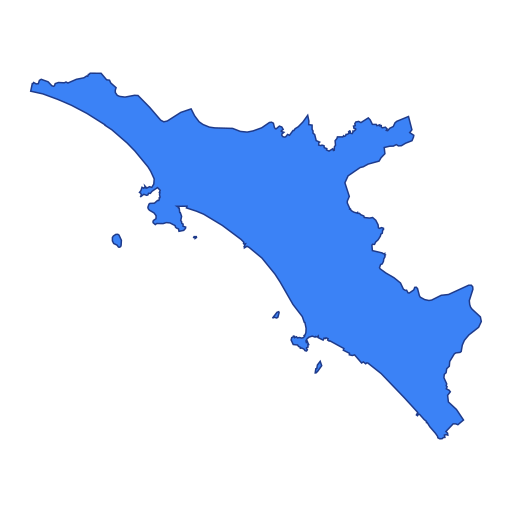 outline of Laem Sing, Chanthaburi, Thailand
{"feature_id": "78962969B29743694445242", "entity_name": "Laem Sing", "entity_type": "district", "adm_level": 2, "iso_a3": "THA", "parent_name": "Thailand", "parent_adm1": "Chanthaburi", "projection": "albers", "projection_center": [102.119, 12.455], "detail": "fine", "context": "isolated", "style": "filled", "palette": "blue", "viewbox_px": 512, "rotation_deg": 0, "n_neighbors": 0, "source": "geoboundaries", "source_scale": "gbopen_adm2", "svg_char_len": 6058}
<svg xmlns="http://www.w3.org/2000/svg" viewBox="0 0 512 512"><path d="M413.8,135.3L409.7,132.6L411.9,129.8L408.5,116.5L396.8,121.3L395.0,122.8L393.3,126.5L389.7,128.3L387.7,130.7L386.3,130.4L387.1,128.9L385.4,127.2L382.2,127.8L381.3,126.9L381.3,125.6L379.6,125.8L379.7,124.8L376.9,125.7L376.2,124.4L372.4,124.4L370.2,119.9L368.3,117.9L360.9,122.6L358.6,121.4L355.8,122.0L354.8,123.7L355.3,125.6L353.5,126.1L354.0,128.4L355.6,128.6L355.7,129.6L354.0,131.1L352.9,131.1L353.0,132.2L352.1,133.6L350.3,133.2L350.2,131.2L349.6,130.9L348.6,131.8L349.1,133.2L347.4,134.3L346.0,134.4L345.7,135.6L344.6,136.3L344.0,136.4L343.6,135.8L342.7,136.9L337.4,136.9L336.9,138.6L335.1,140.7L335.5,145.3L334.4,146.8L334.3,150.2L333.4,150.5L332.7,148.8L329.0,151.1L326.5,149.9L326.8,148.6L324.3,147.7L324.0,145.7L321.9,145.1L321.0,145.6L318.7,145.1L318.8,142.7L319.6,142.1L316.2,140.6L314.7,134.6L313.0,133.1L313.0,130.9L312.1,129.4L312.1,125.1L308.7,124.6L308.9,121.1L307.7,115.3L302.9,122.0L298.2,126.8L295.1,128.7L293.8,130.6L293.0,130.5L289.5,135.3L287.6,134.4L285.7,136.8L284.5,137.1L282.9,136.7L281.8,135.4L281.9,134.0L283.9,132.3L281.3,131.5L281.3,130.8L283.2,129.4L281.8,127.0L279.4,126.1L276.2,128.8L275.4,128.8L274.4,127.4L273.4,123.2L271.5,122.2L269.4,122.5L261.7,127.8L253.1,130.9L247.2,132.1L240.3,131.4L232.6,128.4L214.8,127.9L209.3,127.1L203.0,124.5L199.1,121.8L194.6,115.8L191.1,108.9L180.8,112.4L167.3,121.0L163.8,121.8L160.7,120.2L149.7,107.4L138.0,95.5L134.5,95.3L125.0,97.1L119.7,96.4L117.3,95.4L115.3,92.5L115.3,90.1L116.1,87.7L110.7,82.9L109.5,80.2L106.6,79.8L101.1,73.3L90.2,73.2L89.1,74.4L88.4,74.4L87.7,76.3L86.6,76.0L83.9,77.8L76.4,79.3L67.9,83.0L66.0,82.0L64.3,82.8L58.5,82.5L55.2,83.6L54.5,85.7L53.6,86.3L51.9,85.8L48.1,81.8L41.2,79.3L39.4,80.4L38.3,83.7L36.2,83.9L33.6,82.5L33.0,83.6L32.3,83.6L30.7,91.2L42.9,93.9L57.8,99.4L71.5,105.3L86.9,113.4L105.0,124.8L104.9,125.2L111.9,129.8L127.1,143.0L134.9,151.0L148.0,166.9L150.7,171.3L154.2,178.9L153.8,184.0L151.8,187.4L149.5,186.7L146.8,188.1L144.9,186.0L145.3,187.8L144.3,187.6L143.7,188.2L142.0,187.3L140.9,190.7L139.5,192.4L140.7,193.2L141.4,195.0L140.3,197.0L143.8,194.3L146.7,195.3L147.9,194.9L148.5,193.3L150.3,193.4L152.0,191.3L157.5,187.6L160.2,190.3L159.3,192.6L159.9,192.8L159.5,194.7L160.1,197.1L159.1,198.0L159.5,198.7L158.7,200.5L157.6,200.4L154.4,203.2L149.9,203.4L149.0,204.1L147.9,207.2L148.2,208.7L149.4,210.2L154.0,212.9L156.1,215.7L156.0,218.7L153.4,220.5L153.0,221.6L153.1,222.7L155.3,224.6L156.7,223.5L163.1,223.6L166.2,222.6L169.9,222.9L175.1,225.6L175.4,227.0L176.4,228.0L178.5,228.9L179.0,231.3L183.7,230.4L185.5,228.4L185.7,227.1L183.0,226.2L183.1,224.1L181.8,223.4L181.5,221.4L180.7,220.6L181.6,216.4L180.3,212.6L179.7,212.5L179.2,208.0L178.5,208.0L178.3,207.1L177.0,206.3L187.0,206.2L186.4,207.9L196.5,211.2L203.7,214.2L222.3,225.4L240.9,239.3L243.8,242.2L243.5,243.5L244.1,244.1L245.5,243.8L244.1,246.6L244.6,246.7L244.5,247.8L247.0,246.3L249.1,247.4L261.9,258.0L274.9,274.0L280.1,282.0L293.0,304.5L302.3,316.6L304.3,322.4L304.9,322.5L306.1,328.3L305.9,332.6L305.1,334.8L304.1,335.5L304.6,336.2L303.4,337.6L301.7,338.1L299.4,337.5L297.4,337.9L296.5,336.8L294.7,337.6L294.5,336.3L293.4,336.1L293.0,337.1L291.7,337.6L291.1,340.0L293.2,344.5L297.6,345.0L298.5,346.4L300.5,347.4L300.4,348.2L301.8,348.1L303.8,349.0L305.1,350.7L306.5,351.0L307.4,349.8L306.5,348.6L306.6,347.7L308.0,347.1L307.9,344.8L308.7,344.6L307.7,342.5L306.4,342.6L306.3,342.2L307.5,341.8L307.2,341.0L306.1,341.4L305.9,340.9L307.0,338.9L308.9,337.2L312.2,336.1L315.1,337.1L315.5,336.5L317.2,337.0L318.2,336.0L318.3,337.7L323.1,340.1L324.1,338.1L325.2,338.6L326.0,337.8L328.1,338.7L327.6,340.0L329.2,341.1L329.8,340.8L343.9,348.5L343.3,350.2L349.5,353.3L349.3,354.8L352.3,355.5L354.6,354.9L361.6,363.0L363.4,361.9L365.7,363.8L366.7,362.9L367.8,363.0L381.2,373.6L404.4,397.8L417.8,412.5L416.4,414.9L417.5,415.7L418.6,414.1L419.6,414.4L424.3,419.7L426.1,421.0L426.5,422.6L427.1,422.4L429.9,426.9L435.4,433.2L437.5,436.2L437.9,437.8L439.7,438.8L442.1,438.7L443.3,437.6L444.9,437.4L444.4,435.1L446.1,434.6L447.8,435.1L447.6,433.2L445.9,431.5L453.2,423.8L455.9,423.9L457.9,424.7L463.5,420.0L456.4,409.4L448.4,402.0L447.6,395.3L450.3,391.8L449.2,390.3L446.3,388.8L447.1,386.7L446.2,385.8L446.7,383.9L443.9,377.7L444.3,374.3L446.1,372.7L446.7,368.7L449.3,366.2L449.7,361.5L454.3,353.9L455.8,352.9L460.0,352.4L461.2,351.5L462.3,345.1L464.4,340.3L468.9,334.9L478.6,327.3L481.3,321.5L480.4,316.9L472.0,309.1L470.6,307.2L469.7,304.5L469.3,300.6L472.9,289.3L472.7,286.8L471.3,285.2L468.7,285.2L448.5,294.5L441.2,295.3L431.6,300.1L428.9,300.5L424.7,299.6L420.3,297.2L419.4,295.7L417.5,288.5L416.2,287.2L414.7,287.4L413.8,289.9L409.3,293.0L408.0,292.8L406.6,290.2L405.4,290.4L403.4,289.2L400.5,283.0L394.1,277.8L385.7,272.9L380.1,268.8L379.5,267.7L380.6,264.5L382.2,263.9L383.4,261.5L383.8,258.9L385.0,256.8L384.8,255.4L385.4,254.9L384.3,254.0L384.6,253.5L383.2,253.7L382.1,252.9L372.4,250.6L371.9,245.3L372.5,244.3L374.5,244.4L375.6,242.1L378.1,239.8L380.4,236.1L380.8,234.2L382.3,233.2L382.6,230.2L383.5,229.6L383.5,228.3L381.6,227.6L379.5,228.4L378.4,227.8L378.1,224.8L375.8,220.3L372.6,217.5L369.6,218.1L364.3,217.5L363.8,216.0L360.8,214.7L359.5,213.4L357.8,213.3L357.6,212.4L356.7,213.0L353.7,212.1L351.1,210.5L350.5,209.0L349.6,209.1L349.7,208.3L347.3,203.0L347.3,201.1L349.3,196.4L344.9,182.8L348.1,175.8L360.2,167.5L363.2,166.8L368.1,164.1L379.1,161.1L381.0,157.8L384.9,153.7L384.2,147.5L389.7,146.2L393.4,146.1L396.3,144.6L398.4,145.9L401.4,145.7L405.6,143.2L412.0,140.7L413.5,137.1L413.8,135.3ZM119.7,247.2L120.7,246.5L121.1,245.3L121.4,240.3L119.0,235.1L117.8,234.3L115.8,234.4L113.4,236.0L112.4,237.5L112.4,240.9L113.7,243.5L117.0,245.1L118.5,247.1L119.7,247.2ZM317.6,371.4L321.7,365.7L320.2,361.3L317.4,365.0L316.8,368.4L315.8,368.8L315.2,372.9L316.0,372.9L317.6,371.4ZM277.9,317.2L279.1,312.6L278.7,311.7L277.0,312.3L272.5,318.1L274.3,317.3L276.7,318.0L277.9,317.2ZM196.3,236.6L194.1,236.6L193.7,237.5L195.2,237.9L195.2,238.4L196.5,237.5L196.3,236.6Z" fill="#3b82f6" stroke="#1e3a8a" stroke-width="1.5"/></svg>